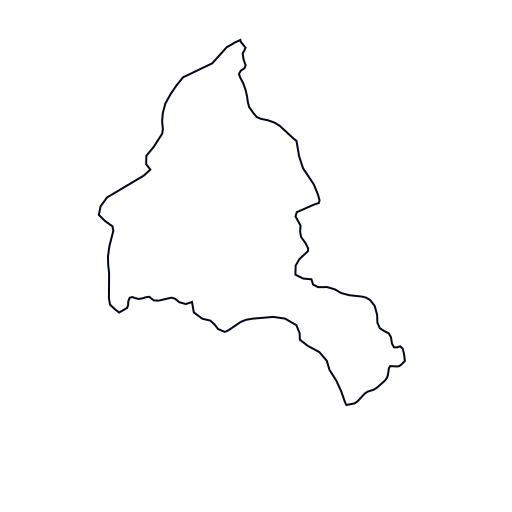 map outline of Tuy (Mercator projection), rotated 46°
{"feature_id": "BFA-2834", "entity_name": "Tuy", "entity_type": "Province", "adm_level": 1, "iso_a3": "BFA", "parent_name": "Burkina Faso", "parent_adm1": "", "projection": "mercator", "projection_center": [-3.419, 11.41], "detail": "fine", "context": "isolated", "style": "outline", "palette": "ink", "viewbox_px": 512, "rotation_deg": 46, "n_neighbors": 0, "source": "natural_earth", "source_scale": "10m", "svg_char_len": 1989}
<svg xmlns="http://www.w3.org/2000/svg" viewBox="0 0 512 512"><g transform="rotate(46 256 256)"><path d="M201.3,146.9L214.2,155.7L225.5,161.2L244.7,164.7L254.7,168.7L260.1,171.6L261.5,174.0L259.5,178.1L252.8,196.2L255.0,200.1L265.0,202.8L269.2,207.4L273.7,210.4L280.9,211.4L286.8,213.2L288.6,215.4L288.4,227.0L290.5,234.2L296.8,240.6L304.9,237.8L311.3,232.3L316.2,234.8L321.5,233.0L327.8,226.4L334.7,222.5L341.9,220.4L348.9,216.2L358.9,207.9L362.5,205.7L366.9,204.5L374.4,205.3L382.5,209.8L388.3,215.0L394.0,217.1L399.8,215.7L403.9,214.2L408.3,215.4L413.4,219.0L417.5,220.2L419.7,218.0L421.1,215.0L424.6,214.9L428.9,217.3L434.9,221.8L435.1,226.5L434.7,229.5L433.5,231.2L428.4,236.0L429.2,238.6L433.1,243.6L434.7,246.5L435.2,249.8L434.7,260.7L434.0,264.1L431.1,270.0L430.5,273.6L431.1,283.8L430.5,287.5L425.9,294.5L423.1,293.6L412.8,288.8L401.4,284.8L388.8,282.2L380.7,277.9L369.1,277.2L356.5,281.2L346.7,282.6L341.8,278.2L333.8,275.0L321.2,278.6L311.8,285.9L299.0,301.6L294.9,307.6L292.8,312.9L290.2,327.9L288.9,331.2L282.2,334.0L276.7,333.4L270.8,333.7L263.8,338.2L253.4,339.9L244.6,334.0L241.8,339.9L235.9,343.3L230.4,343.9L227.2,345.8L220.5,357.0L216.9,360.4L211.2,361.1L209.2,363.8L207.5,367.3L205.5,370.1L202.7,372.0L199.6,373.5L198.3,375.9L199.9,379.4L202.5,382.1L203.8,384.8L201.6,393.7L196.8,394.4L189.6,394.8L184.3,391.2L166.2,373.5L160.2,368.9L153.5,362.8L147.0,354.5L138.7,341.0L136.4,339.6L135.1,338.6L126.1,340.3L117.3,340.5L112.3,333.3L110.4,322.4L120.2,280.9L120.5,272.0L113.6,271.2L107.8,265.3L106.4,253.5L102.8,238.4L100.0,234.8L93.9,230.0L88.4,223.7L83.3,215.2L80.2,204.9L78.1,195.0L76.8,184.4L87.0,153.6L85.5,132.2L87.8,122.7L89.7,117.2L91.4,118.2L98.8,118.8L100.1,121.6L101.0,124.8L105.9,128.4L111.6,131.0L113.0,133.8L112.1,138.2L113.3,141.9L117.2,143.6L122.4,145.0L129.2,148.1L134.9,151.5L139.4,154.8L143.9,157.4L150.7,158.5L156.5,159.0L160.9,157.1L166.7,153.1L173.2,149.9L178.9,148.5L198.2,147.4L201.3,146.9Z" fill="none" stroke="#020617" stroke-width="2"/></g></svg>